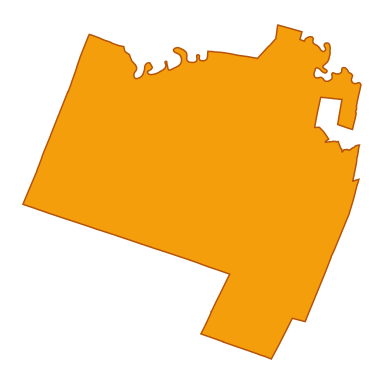 Luciu, Buzau, Romania
{"feature_id": "2599482B85602684300411", "entity_name": "Luciu", "entity_type": "district", "adm_level": 2, "iso_a3": "ROU", "parent_name": "Romania", "parent_adm1": "Buzau", "projection": "natural_earth1", "projection_center": [27.091, 44.965], "detail": "fine", "context": "isolated", "style": "filled", "palette": "amber", "viewbox_px": 384, "rotation_deg": 0, "n_neighbors": 0, "source": "geoboundaries", "source_scale": "gbopen_adm2", "svg_char_len": 5733}
<svg xmlns="http://www.w3.org/2000/svg" viewBox="0 0 384 384"><path d="M305.2,321.6L307.2,316.5L325.2,272.6L331.1,257.4L331.3,256.2L333.7,251.4L340.8,234.2L347.5,217.8L348.4,215.9L349.2,213.8L349.6,212.2L353.3,199.9L354.0,197.4L357.0,185.3L358.0,182.6L358.9,179.3L352.8,181.2L352.7,181.0L352.8,180.5L353.0,180.2L356.5,162.7L356.9,158.2L357.4,156.3L357.6,155.6L357.9,153.4L358.3,151.6L358.2,151.2L358.5,149.4L359.0,146.5L359.5,145.1L358.6,145.1L358.2,145.1L355.6,145.9L355.1,146.2L354.8,146.5L354.2,147.2L353.9,147.5L353.3,147.6L351.8,148.4L351.1,148.9L350.5,149.7L350.2,149.8L349.6,149.8L349.3,149.8L348.7,150.3L348.3,150.2L348.1,150.1L347.5,149.5L347.3,149.4L346.4,149.5L345.4,149.8L344.8,149.7L344.4,149.7L343.9,149.9L343.6,150.1L342.9,151.3L342.5,151.9L342.2,152.0L341.9,151.7L341.9,150.2L341.9,149.5L341.7,149.2L341.4,148.9L340.8,148.3L340.5,147.9L340.3,147.4L340.0,146.4L339.7,145.5L338.6,142.8L338.4,141.6L338.2,141.5L338.0,141.4L336.8,141.9L336.3,141.9L335.7,141.4L335.2,141.4L334.6,141.7L334.0,141.4L333.7,141.3L333.0,141.3L332.2,141.5L331.6,141.7L331.0,141.8L330.3,141.8L329.9,141.7L329.5,141.7L329.0,141.9L327.6,142.1L325.4,142.3L325.5,141.8L326.2,140.8L328.7,139.4L328.7,139.2L324.9,133.4L323.2,131.2L322.1,130.2L319.8,127.7L319.4,127.4L318.9,127.3L315.1,127.5L314.7,127.4L315.4,123.3L317.3,113.1L320.4,98.6L320.6,97.7L320.8,97.3L325.9,97.7L330.0,98.2L330.7,98.2L333.2,98.6L338.7,99.1L339.5,99.3L341.5,99.3L342.0,99.4L341.8,100.5L340.8,106.0L338.4,120.1L337.7,124.5L338.4,124.7L339.3,125.1L346.5,127.6L348.0,128.1L350.5,128.9L352.5,129.5L353.7,124.3L354.2,122.3L355.2,118.5L356.2,113.1L355.9,112.8L355.7,112.2L355.6,111.7L355.7,111.1L356.5,109.4L356.6,108.9L356.6,108.3L356.4,107.3L356.7,104.5L357.8,99.0L358.4,96.5L358.4,96.2L359.6,91.2L361.0,84.7L360.1,83.3L359.3,82.8L358.5,82.7L356.2,83.5L355.1,83.6L353.9,83.4L353.1,83.1L352.7,82.6L352.4,82.4L352.0,82.2L351.8,81.1L351.3,80.1L351.6,78.7L352.6,75.7L352.4,75.2L351.7,74.3L350.8,73.5L349.5,72.8L348.6,72.1L347.8,70.5L346.9,69.3L345.2,67.8L343.9,67.6L343.0,67.7L342.0,68.3L341.8,69.6L341.7,71.4L341.3,72.4L339.6,73.6L338.4,73.9L337.1,74.0L335.8,73.8L334.4,73.2L333.1,72.8L332.6,72.9L331.9,73.6L331.8,74.3L332.0,75.3L332.1,76.6L332.1,77.8L331.7,79.1L330.0,80.3L328.4,81.1L327.5,81.3L325.9,81.2L325.0,81.0L324.2,80.3L323.5,79.2L322.8,78.4L322.0,77.8L320.9,77.3L320.1,77.3L318.9,77.7L317.1,78.0L316.1,77.8L315.0,77.2L314.5,76.5L314.1,75.3L314.0,74.0L314.1,73.0L314.9,70.7L315.1,70.2L315.1,69.4L315.7,68.3L317.1,67.8L318.5,68.3L319.5,69.0L320.6,70.0L321.3,70.8L322.0,71.5L323.4,72.4L324.5,72.9L325.0,72.9L325.6,72.9L326.4,72.5L326.8,72.0L327.1,71.0L326.6,70.1L323.1,67.7L322.9,67.0L323.1,66.0L323.2,65.8L326.6,62.8L327.6,61.7L328.6,59.8L329.0,58.5L329.6,55.7L330.0,54.2L330.1,52.8L330.0,51.2L330.2,48.2L330.1,47.0L329.7,45.1L328.9,43.7L327.9,43.1L326.7,43.0L325.4,43.2L324.7,43.8L324.3,44.4L324.2,45.6L324.4,46.5L325.3,47.6L325.6,49.3L325.4,50.2L324.6,51.1L324.4,51.3L323.6,51.5L322.6,51.4L321.5,50.7L320.7,49.9L320.1,48.9L319.4,47.7L318.5,46.7L317.2,45.6L316.1,44.9L314.9,44.5L314.1,43.9L313.2,42.9L312.8,41.3L313.1,39.5L313.3,38.4L312.2,37.0L310.3,36.7L309.7,36.7L307.7,37.4L305.7,38.7L305.0,39.7L304.4,41.2L299.9,39.5L302.0,31.8L277.9,25.0L277.5,26.1L276.3,35.5L276.0,36.9L276.0,38.4L272.2,42.7L269.7,45.5L268.4,46.5L257.4,58.5L255.9,58.1L247.5,56.6L237.9,55.3L230.3,53.7L222.9,52.6L220.8,52.3L213.9,51.9L213.0,51.6L211.6,51.5L207.9,51.3L207.5,56.6L207.3,57.6L206.8,59.1L205.9,59.9L204.5,60.7L202.3,60.8L200.5,60.5L199.7,59.8L199.3,59.0L199.3,57.4L199.5,56.3L199.5,55.6L198.5,54.8L197.4,54.8L196.9,55.2L196.6,56.6L196.7,57.3L197.0,58.7L196.9,60.0L196.7,60.7L196.0,61.5L194.9,62.1L193.4,62.5L191.2,62.4L189.8,62.2L188.7,61.9L187.2,60.7L186.7,59.4L186.7,58.0L186.9,55.1L186.7,53.6L186.0,52.1L185.3,51.4L183.8,50.1L183.2,49.7L179.2,47.9L177.8,47.6L177.1,47.6L174.8,48.3L173.9,49.2L173.5,50.0L173.9,51.4L175.2,52.5L178.6,54.0L179.6,54.7L180.6,56.2L181.3,57.8L181.5,59.3L181.5,61.0L181.3,62.0L180.5,63.8L179.8,64.6L178.6,65.8L177.0,66.7L175.4,67.5L173.3,68.5L172.0,69.1L171.1,69.7L170.3,70.1L168.8,69.9L168.1,69.0L167.8,67.9L167.5,66.2L167.1,64.8L166.8,62.6L166.8,61.8L166.4,61.4L165.7,61.3L165.2,61.6L165.0,62.6L165.4,63.8L166.0,65.3L165.6,66.7L165.0,68.1L163.3,69.7L160.4,71.4L157.9,72.9L156.8,73.3L155.1,74.0L151.5,74.6L150.3,74.6L149.3,74.3L148.3,73.8L147.7,72.8L147.5,72.0L147.9,71.3L150.4,69.9L151.4,69.1L152.2,67.8L152.3,67.2L149.9,62.9L148.6,62.7L146.8,63.3L145.9,64.2L145.3,65.1L144.8,66.3L144.6,68.8L144.2,70.8L143.0,74.1L142.2,75.5L141.5,76.3L139.9,77.5L137.9,78.3L137.2,78.6L136.4,78.6L135.4,78.5L134.9,78.1L134.3,77.2L133.9,76.0L134.0,74.1L134.1,73.5L134.5,72.6L136.1,70.5L136.6,69.2L136.6,67.5L136.2,66.3L135.3,64.7L132.3,61.5L131.6,60.6L129.3,54.5L125.5,51.9L124.6,50.8L124.5,49.8L123.8,47.2L123.8,46.6L118.9,45.6L115.1,44.3L113.6,43.8L111.6,42.9L111.5,42.7L110.5,42.2L109.5,41.9L107.4,41.1L106.5,40.9L103.6,39.9L99.2,37.9L90.8,34.8L89.8,34.5L89.2,34.5L88.2,36.7L80.5,56.1L76.6,67.5L76.7,67.8L75.3,71.8L73.8,76.0L71.4,82.7L71.5,83.0L68.1,91.8L67.9,91.7L59.5,112.8L59.1,113.9L57.8,116.9L55.3,123.4L53.6,127.5L49.5,138.2L43.6,152.5L42.2,156.2L41.4,158.8L39.2,164.7L37.4,169.2L36.5,172.1L33.7,178.6L23.5,202.9L23.1,204.1L23.0,204.3L25.2,205.1L34.5,208.2L38.0,209.5L49.9,213.6L68.8,219.9L78.4,223.0L97.6,229.5L108.6,233.0L133.7,241.4L142.1,244.3L154.8,248.5L162.5,251.0L172.3,254.2L194.6,261.7L203.1,264.9L207.0,266.3L207.9,266.7L213.5,268.5L229.7,274.1L219.8,294.4L215.4,303.2L211.8,310.9L210.9,312.0L211.0,312.9L206.9,321.8L204.0,327.8L200.9,333.9L207.8,336.3L223.0,341.7L222.9,341.9L235.9,346.4L254.7,352.9L258.8,354.3L258.7,354.5L265.7,356.7L271.3,359.0L278.7,345.2L286.1,330.7L292.3,318.3L305.2,321.6Z" fill="#f59e0b" stroke="#b45309" stroke-width="1.5"/></svg>